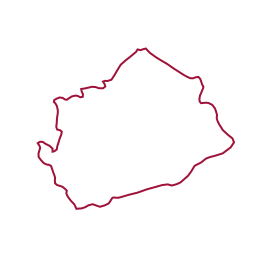 the district of Karelichy, Grodno, Belarus, rotated 339°
{"feature_id": "67162791B39609385147896", "entity_name": "Karelichy", "entity_type": "district", "adm_level": 2, "iso_a3": "BLR", "parent_name": "Belarus", "parent_adm1": "Grodno", "projection": "orthographic", "projection_center": [26.2, 53.507], "detail": "fine", "context": "isolated", "style": "outline", "palette": "rose", "viewbox_px": 256, "rotation_deg": 339, "n_neighbors": 0, "source": "geoboundaries", "source_scale": "gbopen_adm2", "svg_char_len": 1966}
<svg xmlns="http://www.w3.org/2000/svg" viewBox="0 0 256 256"><g transform="rotate(339 128 128)"><path d="M50.9,185.0L52.2,185.3L55.8,186.4L59.7,186.6L63.5,186.0L67.7,186.5L70.6,189.0L73.6,191.5L78.4,191.9L82.9,191.5L85.0,190.1L87.9,187.9L89.3,187.6L93.7,189.6L95.7,189.9L105.2,190.7L114.0,191.8L123.3,192.0L131.5,192.8L139.3,193.5L144.9,194.9L148.3,197.4L153.3,197.9L157.5,197.6L165.1,194.8L167.0,194.1L171.6,191.1L176.6,187.2L183.8,186.4L189.9,184.5L193.7,184.5L200.5,185.2L205.4,185.5L207.4,185.6L216.9,182.9L221.8,179.4L221.8,175.2L218.7,169.9L215.7,163.8L215.2,160.9L214.4,157.1L214.1,153.6L214.4,150.4L215.8,147.8L216.2,142.7L216.1,140.5L215.0,136.8L214.0,135.5L212.1,133.5L210.0,132.4L207.0,131.5L205.1,131.0L204.4,128.9L205.1,126.4L206.7,123.7L209.4,120.9L212.1,118.1L213.2,116.5L212.8,114.1L213.0,110.2L213.0,108.0L212.0,105.5L209.4,104.9L206.4,104.9L203.9,103.8L201.7,101.5L199.4,98.9L195.5,93.6L191.6,88.3L187.7,82.5L183.8,77.6L179.7,72.3L175.3,65.6L173.1,60.2L169.5,59.8L167.5,59.8L165.1,58.1L162.7,59.9L159.9,60.8L155.9,62.2L150.4,63.9L143.9,66.3L138.9,70.1L133.9,74.1L129.8,77.0L125.8,76.8L123.3,75.7L121.3,75.7L121.9,78.6L121.7,81.1L119.0,82.0L115.0,80.4L112.5,78.2L109.1,76.6L105.3,76.1L101.4,75.5L98.3,74.8L97.8,77.5L98.1,80.2L96.9,82.7L94.5,82.2L92.7,80.2L90.9,79.0L87.0,78.4L83.9,79.0L81.0,79.7L79.4,78.8L77.8,76.5L75.1,75.0L72.4,75.0L69.3,75.4L68.1,77.2L69.0,78.8L69.5,82.2L68.8,86.4L67.7,89.1L65.2,93.4L63.4,97.5L61.5,101.1L61.3,104.0L63.6,105.6L64.9,107.6L63.3,110.3L60.6,113.2L57.4,117.3L55.6,119.5L53.8,122.5L51.1,123.3L49.1,123.1L49.7,121.3L50.2,120.2L48.4,116.6L45.3,113.2L43.5,110.5L41.0,109.3L38.3,109.8L39.0,112.9L38.9,115.0L37.4,117.0L35.3,119.7L34.2,123.1L35.3,126.9L36.8,130.7L39.3,133.2L40.9,133.9L42.6,135.9L42.3,142.7L42.3,145.6L42.1,148.3L41.0,150.5L40.1,153.5L41.4,155.9L45.7,159.3L47.7,162.8L48.4,164.6L47.0,166.9L47.1,169.8L47.7,172.4L48.7,175.7L50.5,179.9L50.9,185.0Z" fill="none" stroke="#9f1239" stroke-width="2"/></g></svg>